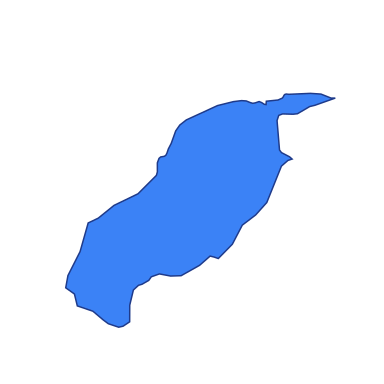 map outline of Iğdir (orthographic projection), rotated 305°
{"feature_id": "TUR-4840", "entity_name": "Iğdir", "entity_type": "Province", "adm_level": 1, "iso_a3": "TUR", "parent_name": "Turkey", "parent_adm1": "", "projection": "orthographic", "projection_center": [44.174, 39.869], "detail": "fine", "context": "isolated", "style": "filled", "palette": "blue", "viewbox_px": 384, "rotation_deg": 305, "n_neighbors": 0, "source": "natural_earth", "source_scale": "10m", "svg_char_len": 1162}
<svg xmlns="http://www.w3.org/2000/svg" viewBox="0 0 384 384"><g transform="rotate(305 192 192)"><path d="M351.1,255.5L333.6,243.0L329.5,239.4L316.6,233.5L313.7,230.2L307.9,221.4L304.5,219.1L299.3,220.7L276.6,239.6L275.6,242.7L276.8,251.8L276.4,255.1L272.9,252.5L264.5,250.4L226.3,259.3L209.7,257.3L193.7,252.2L172.4,255.0L152.6,251.7L151.4,247.5L149.9,243.6L136.4,240.3L117.2,231.1L110.9,222.7L106.2,212.3L99.2,207.3L94.9,207.3L87.8,204.0L84.9,201.7L78.1,200.2L63.6,205.9L49.9,215.4L42.5,212.5L39.2,209.5L36.1,199.0L36.3,192.4L37.5,179.2L32.9,163.4L41.0,154.2L41.1,143.5L52.4,138.3L79.0,134.5L107.1,124.7L116.8,130.2L136.3,135.8L159.6,148.8L185.2,153.3L188.6,152.1L196.0,146.9L200.6,145.7L202.7,146.2L205.4,148.9L207.2,149.5L209.4,149.2L213.8,147.9L219.9,147.1L232.7,143.6L239.9,143.6L247.8,146.0L259.6,152.9L277.4,163.3L289.8,174.1L295.3,180.2L297.7,184.2L298.7,188.5L299.5,190.9L301.3,192.7L304.6,195.1L305.2,197.8L305.3,200.9L306.1,202.5L309.0,200.8L316.7,209.7L320.7,212.1L321.8,212.2L324.2,211.9L325.2,212.1L326.3,213.0L327.5,215.2L340.7,232.4L344.1,238.0L346.2,241.5L348.7,252.0L351.1,255.5Z" fill="#3b82f6" stroke="#1e3a8a" stroke-width="1.5"/></g></svg>